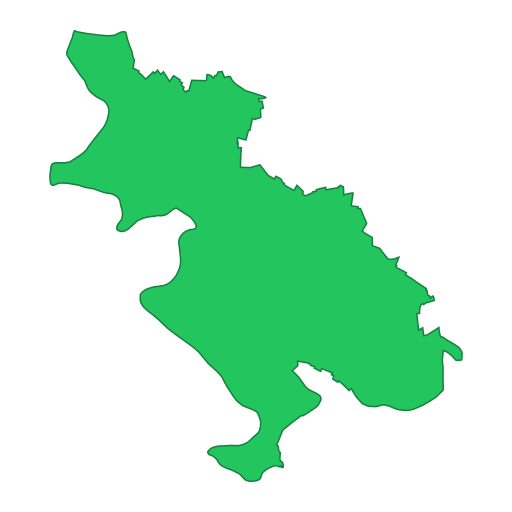 Ung Hoa, Ha Noi, Vietnam
{"feature_id": "81297802B95308085705563", "entity_name": "Ung Hoa", "entity_type": "district", "adm_level": 2, "iso_a3": "VNM", "parent_name": "Vietnam", "parent_adm1": "Ha Noi", "projection": "robinson", "projection_center": [105.789, 20.711], "detail": "fine", "context": "isolated", "style": "filled", "palette": "green", "viewbox_px": 512, "rotation_deg": 0, "n_neighbors": 0, "source": "geoboundaries", "source_scale": "gbopen_adm2", "svg_char_len": 6002}
<svg xmlns="http://www.w3.org/2000/svg" viewBox="0 0 512 512"><path d="M74.6,30.7L73.9,31.9L73.4,33.2L72.3,37.7L67.0,51.3L66.7,53.2L66.8,54.1L67.1,55.4L71.6,62.6L73.5,65.2L80.2,75.1L84.6,80.5L85.2,81.8L87.5,87.6L89.5,90.9L90.9,92.4L94.8,95.6L97.0,97.1L103.7,100.7L105.8,102.6L107.3,104.9L107.9,106.1L108.9,109.5L108.9,112.2L108.2,115.9L107.5,118.7L106.8,120.9L105.2,124.6L103.5,127.3L101.6,129.8L98.4,133.7L88.6,146.4L86.8,149.4L85.2,151.0L81.9,153.9L79.0,156.0L69.8,161.9L65.4,162.7L54.9,162.9L54.0,163.1L52.2,164.0L51.9,164.4L51.3,165.6L51.0,166.8L50.0,174.9L49.9,177.7L50.3,181.9L50.7,183.6L51.3,184.7L52.1,185.2L53.0,185.4L54.3,185.1L55.8,184.3L58.4,183.4L59.8,183.0L67.3,183.2L78.8,185.2L84.9,187.3L93.9,188.9L103.7,192.4L107.6,193.2L110.8,193.6L113.5,194.6L116.5,196.2L118.5,198.3L119.9,200.6L120.6,204.8L121.8,209.1L122.4,212.0L122.5,213.5L122.4,216.2L121.7,219.1L120.3,221.2L118.1,224.0L117.0,226.2L116.9,227.0L116.8,228.4L117.2,229.9L118.4,230.6L120.7,231.4L122.8,231.5L123.8,231.3L125.9,230.4L128.2,229.2L137.5,220.7L141.9,218.7L145.7,217.5L150.8,216.6L155.3,216.1L157.6,215.6L160.8,215.8L164.5,215.2L166.2,214.5L167.8,213.5L172.4,209.9L174.8,208.4L176.0,208.2L176.9,208.3L179.3,210.0L189.9,216.8L191.3,218.1L194.0,221.4L194.7,222.4L196.0,225.5L196.2,227.0L195.9,227.7L195.1,228.6L194.1,229.2L189.8,229.7L188.7,230.0L186.2,231.1L184.7,232.0L183.3,233.1L181.2,235.5L180.3,236.8L179.2,239.3L178.7,242.3L178.8,243.7L179.3,246.6L180.4,256.6L180.6,260.6L180.4,264.2L179.5,268.1L179.0,269.3L177.9,272.0L176.0,275.8L174.7,277.6L170.9,281.7L168.1,283.7L166.5,284.4L163.7,285.5L162.7,285.8L161.1,285.8L159.6,286.2L155.4,286.6L151.5,287.5L147.3,288.9L145.5,289.7L141.9,292.4L140.9,293.7L140.4,294.6L140.3,295.1L140.2,299.9L140.8,302.6L142.0,304.7L143.6,307.0L145.6,309.0L147.9,311.0L151.9,314.0L158.4,319.5L167.7,328.4L176.5,335.1L190.0,344.8L195.1,348.7L198.7,352.0L208.3,363.6L215.4,370.0L218.6,373.1L220.7,375.5L222.3,377.6L224.8,382.7L227.1,386.7L233.4,396.4L236.4,400.4L238.4,402.3L242.9,405.8L252.1,409.4L254.0,410.2L256.2,411.5L256.8,412.1L257.8,413.5L258.7,415.3L260.4,420.3L260.7,422.4L260.4,426.9L259.5,430.3L258.8,431.9L258.0,433.0L253.2,437.2L249.4,440.9L246.7,442.9L242.2,444.8L238.5,445.6L229.6,445.4L224.0,445.9L219.4,446.0L215.4,446.7L213.0,447.4L211.4,448.2L210.0,449.2L209.1,450.1L208.3,451.2L207.6,451.8L208.5,454.2L209.5,454.7L212.6,455.9L214.8,457.4L217.1,460.0L218.3,462.2L219.3,463.6L221.4,465.6L226.8,468.4L231.4,469.9L238.0,473.1L239.5,474.0L240.8,475.2L243.3,478.0L245.0,479.6L246.1,480.3L248.9,481.1L249.9,481.3L253.9,481.1L256.3,480.7L258.3,480.0L259.6,479.2L260.3,478.5L260.8,477.6L261.5,474.9L262.3,473.2L263.4,471.9L265.6,470.1L267.9,468.5L273.2,466.2L274.7,465.7L277.0,465.9L278.2,466.1L279.1,466.8L279.9,466.8L280.3,466.1L281.2,465.9L281.6,467.5L283.0,467.4L283.2,467.1L283.3,465.6L282.7,462.9L281.9,461.8L280.3,460.6L280.0,460.0L279.9,459.0L280.2,452.5L279.2,451.4L278.8,450.6L278.6,449.8L278.5,448.0L278.1,446.1L276.6,445.0L278.4,441.0L282.7,430.2L292.4,422.2L301.1,415.7L303.0,415.7L303.9,415.2L309.2,411.9L315.6,407.6L316.8,406.6L318.8,404.2L320.1,401.5L320.5,400.9L320.9,399.7L320.9,397.5L320.0,395.9L317.1,393.7L308.8,389.6L305.4,386.6L298.9,377.4L296.0,374.3L292.2,370.7L297.5,366.0L297.8,365.5L297.7,361.2L308.4,363.0L308.4,363.5L310.7,364.5L310.6,365.3L314.8,367.0L314.4,368.3L320.7,371.4L321.8,368.6L332.4,372.9L331.4,374.7L333.6,375.6L332.8,379.1L337.7,382.2L338.7,380.8L343.7,385.1L349.1,390.6L351.3,388.6L353.5,392.5L356.4,397.0L357.9,398.8L361.8,403.1L363.3,404.1L365.5,405.1L367.8,406.0L369.6,406.4L375.9,406.6L377.9,406.2L381.7,405.1L383.2,404.9L384.6,405.0L386.9,405.5L389.7,406.2L394.8,408.5L398.3,409.6L401.2,410.0L405.5,410.4L408.4,410.3L411.3,409.8L414.5,408.8L422.6,405.3L430.1,401.0L436.2,396.9L443.1,390.2L443.2,386.4L443.0,377.7L443.1,367.6L442.5,362.9L442.4,358.7L443.3,350.4L446.7,351.9L448.5,353.1L452.0,355.9L453.5,357.7L455.8,360.1L456.6,360.4L461.5,360.0L461.9,358.6L462.1,352.6L461.0,350.3L459.7,348.4L458.3,346.9L453.7,344.0L447.2,340.2L442.6,337.0L440.5,336.9L439.2,331.4L438.9,327.5L427.6,334.7L423.8,335.8L422.7,327.8L418.6,330.2L416.8,313.7L419.5,313.4L419.7,309.0L420.2,306.6L420.9,305.1L422.3,303.5L423.6,304.6L425.8,302.9L427.7,302.4L434.2,300.5L433.8,297.4L432.9,296.0L430.1,298.0L429.9,296.2L427.8,295.1L427.0,290.6L425.7,289.9L426.3,288.6L415.8,281.6L411.5,278.5L405.5,274.8L406.4,272.8L395.6,267.0L396.7,265.4L395.8,264.9L397.1,262.0L398.9,257.2L393.6,259.1L390.5,259.4L387.8,258.9L379.5,248.2L372.3,245.7L372.4,241.6L372.2,237.4L368.6,235.4L364.3,232.8L363.9,232.3L362.2,231.2L366.7,223.4L360.4,208.5L357.7,208.4L358.1,206.8L351.2,205.8L353.1,193.1L352.5,192.9L347.5,193.8L343.8,194.9L343.4,186.7L342.1,186.5L340.8,185.3L338.4,186.6L338.4,187.6L325.9,189.8L325.7,187.3L319.7,188.7L316.2,189.8L316.4,191.2L312.7,191.8L312.7,192.6L305.9,195.7L304.9,195.6L302.4,194.2L303.0,193.1L303.1,191.3L296.9,185.3L294.0,190.5L287.0,186.6L283.9,184.6L284.3,183.4L281.7,181.6L281.8,179.9L279.7,178.2L275.9,176.3L274.3,179.0L268.0,175.3L259.9,164.8L250.2,167.6L240.4,167.3L240.8,154.9L241.3,147.7L238.1,147.8L238.0,143.4L237.0,143.4L237.2,142.6L238.0,142.4L237.7,140.5L237.0,139.6L237.5,137.7L245.9,140.0L248.5,130.3L249.9,130.3L252.4,118.7L255.0,119.3L260.8,117.4L260.5,108.9L263.4,108.1L262.1,101.2L259.2,101.5L258.6,98.7L261.4,98.8L264.4,98.2L265.8,97.6L264.7,96.7L245.4,90.6L235.4,83.8L232.0,80.0L230.4,76.8L229.0,76.7L228.6,76.3L224.5,77.5L222.1,71.5L218.1,72.0L216.5,75.4L214.8,75.6L213.6,78.1L211.2,75.8L209.9,75.1L207.0,74.5L206.5,79.6L206.0,80.7L191.7,80.3L188.8,91.0L187.3,90.6L186.0,92.2L183.0,89.7L184.0,87.4L181.1,85.2L182.4,82.9L179.6,81.3L180.1,79.9L173.6,75.7L169.6,81.5L163.5,71.8L160.6,74.4L157.5,70.1L154.7,73.5L153.3,71.8L145.7,79.2L140.5,73.7L138.7,73.0L139.0,71.1L133.1,68.2L134.4,59.6L133.2,58.1L131.9,51.6L129.9,46.7L127.6,39.7L125.7,32.1L123.8,31.7L122.8,31.7L120.4,32.4L115.1,34.9L113.4,35.4L109.8,35.7L106.8,35.7L98.4,35.0L86.7,33.5L77.2,31.8L74.6,30.7Z" fill="#22c55e" stroke="#15803d" stroke-width="1.5"/></svg>